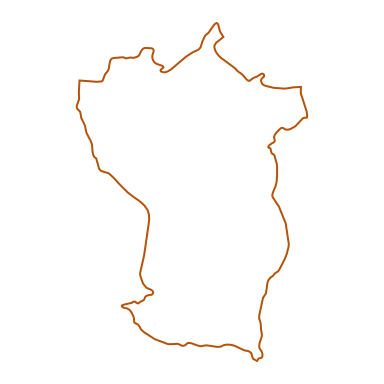 Cojedes, Robinson projection
{"feature_id": "VEN-32", "entity_name": "Cojedes", "entity_type": "State", "adm_level": 1, "iso_a3": "VEN", "parent_name": "Venezuela", "parent_adm1": "", "projection": "robinson", "projection_center": [-68.34, 9.331], "detail": "fine", "context": "isolated", "style": "outline", "palette": "amber", "viewbox_px": 384, "rotation_deg": 0, "n_neighbors": 0, "source": "natural_earth", "source_scale": "10m", "svg_char_len": 4153}
<svg xmlns="http://www.w3.org/2000/svg" viewBox="0 0 384 384"><path d="M300.9,86.9L300.8,93.0L301.5,95.7L301.9,96.6L306.7,111.7L307.2,115.4L307.0,117.5L306.0,117.7L304.0,117.8L303.2,118.1L302.5,118.7L295.8,125.8L294.2,127.0L289.9,129.2L288.8,129.5L287.7,129.7L286.5,129.7L285.4,129.4L284.6,129.0L283.8,128.4L282.9,128.0L282.0,127.8L281.2,128.1L280.4,128.6L277.4,131.5L275.3,134.1L274.5,135.8L274.0,137.2L274.8,140.8L274.4,141.6L273.8,142.3L271.0,143.9L269.8,144.8L268.4,146.3L268.3,147.3L268.8,147.8L269.6,148.0L270.5,148.6L271.2,151.9L271.6,153.0L272.2,153.7L273.1,154.1L273.8,154.7L274.4,155.3L274.7,156.3L274.8,156.9L276.6,163.1L277.0,165.5L277.1,166.8L277.1,175.7L276.6,181.9L275.6,186.1L272.8,192.8L272.4,194.8L272.4,196.4L272.8,197.4L278.9,206.5L285.7,223.4L288.8,244.0L288.6,246.7L286.7,254.1L284.9,258.7L279.7,268.9L278.6,270.7L277.9,271.4L275.5,273.0L274.7,273.6L272.9,275.9L271.1,277.1L269.9,278.2L268.5,280.0L267.8,281.6L267.3,283.7L266.0,293.3L263.0,297.8L259.3,315.1L259.1,317.9L259.4,319.5L259.9,320.4L260.3,321.8L260.7,323.6L261.0,329.5L261.8,333.6L261.9,335.2L261.8,336.4L259.6,343.0L259.3,345.0L259.2,346.8L259.5,347.9L259.8,348.9L261.4,351.1L261.8,351.8L262.2,352.9L262.5,354.9L262.4,356.2L262.1,357.2L261.6,357.6L261.0,358.0L259.1,358.3L258.5,358.7L257.1,361.0L254.9,359.8L253.4,359.0L252.8,358.1L252.2,356.6L251.9,355.0L251.1,352.9L249.8,351.9L248.1,351.0L245.4,350.6L244.3,350.3L234.4,345.7L230.8,344.8L227.1,344.6L226.0,344.7L223.8,345.2L222.9,345.6L221.1,346.5L219.5,346.8L217.3,346.9L207.1,345.4L204.7,345.5L200.9,346.3L196.5,345.2L191.9,343.4L189.6,343.0L187.9,343.0L187.1,343.5L185.5,344.9L184.6,345.5L182.8,345.9L181.5,345.5L179.8,344.6L178.5,344.1L177.2,343.8L170.6,344.2L168.0,344.1L154.8,339.2L143.9,332.1L140.9,329.3L139.6,326.7L138.2,324.7L136.8,323.8L135.2,323.2L134.4,322.5L134.1,321.3L134.1,320.0L133.9,318.2L133.3,316.1L131.6,312.6L130.5,310.9L129.4,309.8L127.7,308.8L126.8,308.4L124.0,307.8L122.1,306.8L121.8,306.0L122.2,305.3L124.1,304.6L131.5,302.9L133.2,301.9L134.1,301.6L135.0,301.6L135.7,302.1L136.4,302.7L137.1,303.2L138.0,303.4L138.8,303.0L140.2,301.9L141.1,301.4L142.9,300.6L143.7,300.0L144.3,299.2L145.1,297.2L145.7,296.4L146.4,295.9L148.0,295.3L151.7,294.7L152.4,294.1L153.1,293.2L153.2,292.2L152.8,291.3L152.2,290.6L151.4,290.0L149.6,289.1L147.6,288.3L146.4,287.7L143.1,283.7L140.5,276.5L140.1,273.6L140.4,271.5L141.2,268.2L144.1,255.5L148.6,224.3L149.2,219.5L148.9,214.4L147.8,210.4L144.7,205.9L142.0,203.2L138.3,200.2L134.3,197.5L128.0,192.7L121.9,186.7L117.9,182.5L115.8,180.1L112.9,177.1L108.7,173.2L104.2,172.0L101.0,170.8L99.2,169.0L96.2,158.4L94.1,156.8L93.0,154.2L92.4,150.4L92.0,144.4L90.6,140.8L86.5,132.9L84.8,125.1L81.3,118.1L80.5,113.2L80.0,111.6L77.6,109.2L76.8,107.8L76.8,105.7L79.1,99.2L79.0,96.4L79.0,96.2L78.9,94.1L78.9,91.7L79.5,80.5L96.8,81.8L101.7,81.4L102.4,80.8L103.0,79.9L103.3,79.2L103.7,77.7L105.1,74.4L108.0,70.7L108.7,69.0L109.1,66.9L109.3,64.8L110.1,61.2L110.9,59.6L111.8,58.6L113.9,58.0L122.1,57.3L123.2,57.3L126.2,58.4L129.8,57.6L131.0,57.5L131.9,57.8L133.3,57.8L134.8,57.5L136.9,56.9L138.4,56.0L139.3,55.1L140.4,52.6L141.2,51.0L142.9,48.8L144.3,48.1L145.6,47.9L151.6,48.3L152.5,48.7L153.2,49.2L153.5,49.9L153.6,50.3L153.6,50.7L153.6,51.6L152.6,54.7L152.3,55.9L152.3,57.2L152.5,58.4L152.8,59.4L153.2,60.4L153.7,61.3L154.3,62.1L155.0,62.8L155.8,63.4L157.6,64.2L161.7,65.6L162.6,66.0L163.2,66.6L163.4,67.3L162.9,67.9L162.2,68.5L161.4,69.1L160.8,69.8L160.5,70.5L160.9,71.4L162.9,72.2L164.3,72.3L165.6,72.2L167.8,71.4L170.9,69.5L186.0,56.7L192.6,52.4L198.5,49.6L200.5,47.5L202.4,41.5L205.2,35.5L208.6,32.7L213.5,25.6L215.0,23.9L216.6,23.0L217.4,23.5L218.0,24.2L218.4,25.2L219.8,30.8L220.7,32.7L223.4,37.0L216.2,42.6L214.4,45.7L214.4,47.2L214.7,48.7L215.2,50.4L216.6,53.0L219.0,56.0L221.3,58.1L234.7,68.0L235.5,68.8L237.2,70.7L238.9,72.2L240.6,73.1L243.6,75.9L246.5,79.4L248.2,80.6L249.4,80.9L253.3,78.0L257.1,76.5L261.0,74.0L261.7,73.7L262.5,73.7L263.6,74.1L264.0,75.0L264.1,76.0L263.7,76.8L261.4,79.1L261.1,80.0L261.1,81.2L262.0,83.6L262.9,84.5L263.9,85.2L265.8,85.9L273.5,87.8L284.0,88.6L286.3,88.5L292.9,87.4L300.9,86.9Z" fill="none" stroke="#b45309" stroke-width="2"/></svg>